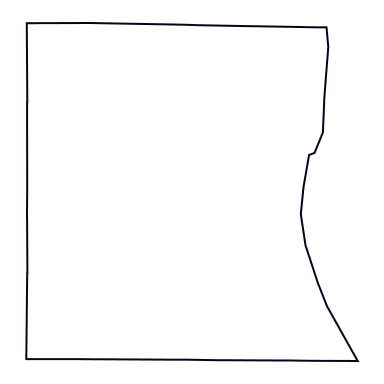 the district of Lake, Illinois, United States of America
{"feature_id": "52423323B38563431849578", "entity_name": "Lake", "entity_type": "district", "adm_level": 2, "iso_a3": "USA", "parent_name": "United States of America", "parent_adm1": "Illinois", "projection": "equal_earth", "projection_center": [-87.971, 42.324], "detail": "fine", "context": "isolated", "style": "outline", "palette": "ink", "viewbox_px": 384, "rotation_deg": 0, "n_neighbors": 0, "source": "geoboundaries", "source_scale": "gbopen_adm2", "svg_char_len": 674}
<svg xmlns="http://www.w3.org/2000/svg" viewBox="0 0 384 384"><path d="M26.3,359.1L63.0,359.1L75.9,359.1L85.0,359.2L158.6,359.6L173.2,359.7L187.8,359.7L217.1,360.2L224.4,360.2L225.9,360.2L261.4,360.4L290.8,360.5L311.2,360.8L357.7,361.0L327.0,306.2L317.8,282.8L305.5,245.3L300.8,214.2L303.1,191.3L303.7,185.9L309.1,154.9L314.5,153.0L322.9,132.5L324.1,103.9L324.2,100.1L324.4,97.2L326.1,74.8L328.3,47.1L326.5,27.3L314.9,27.3L294.1,26.9L253.2,26.2L251.5,26.2L198.2,25.2L184.0,24.7L139.2,23.9L105.8,23.3L90.0,23.0L26.8,23.2L27.3,102.2L27.1,102.2L27.1,120.8L27.2,187.4L27.0,214.8L27.1,220.1L27.4,273.2L27.2,273.2L26.3,359.1Z" fill="none" stroke="#020617" stroke-width="2"/></svg>